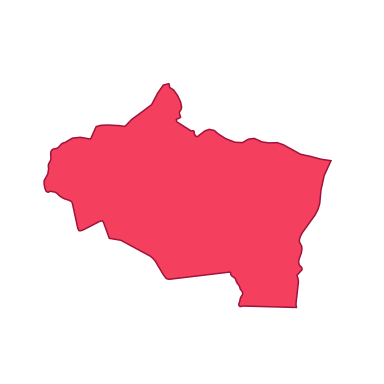 outline of Mandoul, rotated 296°
{"feature_id": "TCD-1488", "entity_name": "Mandoul", "entity_type": "Prefecture", "adm_level": 1, "iso_a3": "TCD", "parent_name": "Chad", "parent_adm1": "", "projection": "orthographic", "projection_center": [17.512, 8.727], "detail": "fine", "context": "isolated", "style": "filled", "palette": "rose", "viewbox_px": 384, "rotation_deg": 296, "n_neighbors": 0, "source": "natural_earth", "source_scale": "10m", "svg_char_len": 2355}
<svg xmlns="http://www.w3.org/2000/svg" viewBox="0 0 384 384"><g transform="rotate(296 192 192)"><path d="M281.1,303.2L264.7,303.6L250.2,307.1L237.8,311.8L231.7,312.9L225.2,312.7L203.7,309.0L200.9,308.9L197.5,309.1L194.5,310.1L191.2,314.5L188.2,316.1L185.0,317.0L179.4,317.6L176.2,318.3L173.6,320.2L172.2,323.8L170.4,325.0L163.0,322.8L160.9,325.1L157.8,327.1L136.7,334.6L134.2,336.4L134.0,336.5L111.8,287.7L111.2,287.0L110.7,286.5L110.3,285.8L110.1,285.1L110.5,284.0L111.2,283.5L112.1,283.1L114.9,282.8L117.4,282.1L118.3,282.0L119.3,282.0L121.2,282.3L122.1,282.3L123.0,282.1L123.6,281.7L124.2,281.1L124.6,280.5L125.7,278.3L126.2,277.6L127.9,276.2L128.4,275.5L129.9,272.6L130.8,271.4L131.8,270.2L132.4,269.7L132.9,269.1L133.3,268.4L133.5,267.5L134.0,264.6L134.3,263.8L134.8,263.2L135.4,262.7L136.1,262.4L136.5,261.8L136.5,260.9L103.8,210.2L103.3,208.9L102.9,206.9L105.2,202.3L113.6,189.6L114.9,186.7L116.0,183.1L117.4,149.6L117.1,148.1L114.1,138.0L125.9,125.8L126.7,124.3L126.2,123.1L124.7,121.6L110.1,110.7L108.5,109.1L107.7,107.4L109.0,105.5L129.3,89.5L130.5,88.1L130.7,86.7L130.6,84.7L130.0,80.4L130.0,77.7L130.4,74.9L131.7,70.8L131.8,69.0L131.6,67.8L131.2,67.1L130.9,65.3L130.7,64.5L130.1,64.0L128.9,63.1L128.6,62.3L128.6,61.4L128.8,60.5L129.7,59.4L131.1,58.0L134.3,55.6L136.1,54.7L137.5,54.1L144.7,54.5L145.6,54.3L149.8,53.0L152.0,51.7L152.9,51.2L153.9,50.9L154.8,50.8L157.7,51.0L159.5,50.8L160.1,50.6L160.5,50.4L164.5,48.2L166.0,47.6L166.9,47.5L167.8,47.5L168.7,47.8L169.4,48.2L169.9,48.7L170.4,49.3L171.3,50.6L171.8,51.1L172.4,51.7L173.8,52.4L175.3,52.9L176.5,53.2L178.1,53.7L178.9,54.1L179.5,54.6L180.9,56.3L181.3,56.4L188.0,60.9L192.2,67.6L195.1,77.6L208.8,77.2L212.1,81.0L215.4,87.2L219.7,97.3L221.6,103.0L230.6,105.9L242.4,112.1L252.8,117.4L265.6,117.8L275.5,119.3L279.2,123.7L277.4,125.3L276.2,126.0L275.6,130.8L272.3,136.9L267.8,142.4L263.5,145.6L260.9,146.0L258.7,145.6L257.0,146.3L254.2,149.0L251.9,147.6L251.0,146.3L250.1,146.1L248.4,147.8L246.5,164.5L247.2,165.5L247.6,166.1L247.5,167.2L246.3,168.1L245.4,168.3L244.6,169.7L243.8,171.1L244.3,172.7L246.8,173.9L252.4,176.7L255.8,179.9L257.1,185.1L255.8,189.7L254.7,198.8L255.5,208.6L258.5,215.7L264.2,219.5L267.5,224.5L267.7,232.9L269.9,239.8L273.7,246.9L274.5,253.2L274.0,264.1L273.5,272.9L275.9,282.7L278.1,293.9L281.1,303.2Z" fill="#f43f5e" stroke="#9f1239" stroke-width="1.5"/></g></svg>